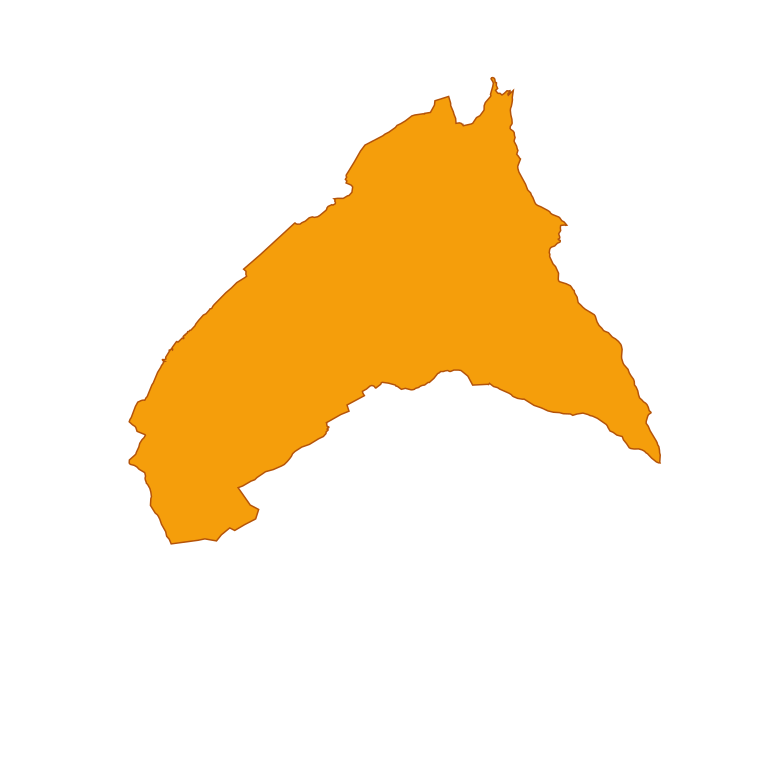 Gradistea, Vâlcea, Romania, rotated 148°
{"feature_id": "2599482B19326472109269", "entity_name": "Gradistea", "entity_type": "district", "adm_level": 2, "iso_a3": "ROU", "parent_name": "Romania", "parent_adm1": "Vâlcea", "projection": "equal_earth", "projection_center": [23.805, 44.907], "detail": "fine", "context": "isolated", "style": "filled", "palette": "amber", "viewbox_px": 768, "rotation_deg": 148, "n_neighbors": 0, "source": "geoboundaries", "source_scale": "gbopen_adm2", "svg_char_len": 6171}
<svg xmlns="http://www.w3.org/2000/svg" viewBox="0 0 768 768"><g transform="rotate(148 384 384)"><path d="M206.2,592.0L206.5,591.6L207.8,592.5L215.3,595.8L218.3,596.6L226.4,595.8L231.8,595.9L235.9,596.4L238.4,595.5L246.4,595.0L250.9,595.4L253.4,595.1L273.5,596.7L280.5,594.0L291.8,587.9L305.3,581.2L305.9,580.4L306.0,579.2L308.3,578.1L307.9,575.9L309.6,574.6L306.6,570.3L306.1,568.1L306.4,567.4L309.6,563.6L313.7,562.4L315.3,562.9L320.2,563.0L324.9,566.0L328.2,567.5L327.9,566.7L328.1,565.8L328.8,565.3L328.9,564.0L329.3,563.2L330.0,562.7L332.5,562.8L333.2,563.7L337.2,564.2L338.8,563.7L340.4,562.3L341.6,562.0L348.8,561.0L351.7,561.0L354.8,562.2L356.2,563.7L359.3,564.6L364.4,563.8L368.1,564.3L370.5,564.1L373.0,565.6L373.8,566.6L374.1,567.7L374.5,567.8L419.9,559.3L442.2,555.8L441.3,552.7L443.0,550.2L443.4,548.2L445.1,548.0L455.1,548.0L462.4,546.3L469.8,545.2L486.0,541.3L488.0,540.6L490.0,539.4L492.1,539.9L492.7,539.4L497.7,537.9L500.7,538.2L507.2,536.3L511.8,534.6L513.5,533.5L518.8,532.1L519.5,532.0L520.3,532.4L521.7,531.9L522.7,532.4L524.1,531.4L524.9,531.6L526.2,531.0L526.5,531.3L527.1,530.9L527.6,531.1L529.1,530.7L529.4,529.0L530.3,528.9L530.8,529.9L536.2,528.7L536.8,529.0L537.1,529.8L537.9,529.8L544.2,527.2L545.1,525.0L545.3,524.9L545.5,526.6L547.5,525.9L547.8,526.5L548.3,526.5L548.7,525.5L554.9,522.4L555.8,520.8L557.4,521.1L558.8,522.1L559.1,522.0L559.1,521.2L558.3,520.7L558.7,520.1L557.9,519.3L559.5,519.5L560.4,518.5L562.8,517.6L564.6,516.4L569.7,513.9L579.1,507.2L581.3,506.2L591.5,498.8L593.1,498.4L595.5,497.0L596.8,498.0L598.5,498.6L602.4,499.1L606.7,496.7L616.1,489.5L618.1,488.6L620.1,487.0L618.9,482.7L617.6,479.9L617.6,478.4L618.5,474.7L613.5,467.7L613.5,467.0L615.8,465.7L618.7,465.0L622.6,463.1L625.3,460.5L630.5,457.1L631.2,456.3L633.1,455.7L640.2,454.5L641.7,452.4L642.0,451.6L641.7,450.3L638.9,447.3L637.5,444.6L636.9,441.5L634.0,435.9L634.0,435.2L635.0,432.3L636.5,430.8L637.2,429.2L637.7,426.7L638.1,425.8L637.7,424.2L637.9,419.5L639.0,415.9L640.9,411.7L642.5,410.3L646.4,404.8L646.4,395.8L645.5,393.1L645.5,391.0L645.8,388.1L647.0,383.0L647.4,374.5L649.0,370.0L648.4,366.1L649.2,361.2L624.5,350.0L618.0,347.6L609.2,339.7L601.8,342.3L591.1,343.7L588.2,338.9L576.8,338.6L564.3,337.6L556.8,344.0L561.6,352.3L562.7,373.4L557.8,372.4L548.2,372.1L544.3,371.3L541.2,372.0L530.9,372.4L523.2,370.1L514.4,368.8L511.2,368.6L507.2,369.5L503.5,370.7L500.8,371.8L498.5,373.3L495.2,374.0L487.2,374.1L479.2,372.3L468.4,372.2L463.2,371.6L459.5,372.7L458.5,374.0L455.8,374.6L455.6,375.0L455.7,375.6L456.1,375.8L455.9,376.1L453.9,376.3L453.7,376.9L454.5,377.0L454.2,377.7L454.6,378.4L454.1,379.9L453.5,380.7L453.4,381.7L436.7,381.0L428.1,379.5L426.5,385.8L406.8,384.5L406.8,387.4L406.2,389.2L401.5,389.0L396.9,389.7L395.1,389.2L393.9,387.9L393.5,387.0L393.4,385.3L393.0,384.9L387.0,385.5L385.5,386.5L384.5,386.3L379.8,382.4L375.2,377.4L374.9,376.8L375.0,376.0L373.9,374.9L372.1,370.3L368.2,369.0L364.1,364.7L362.6,363.9L361.0,363.4L359.6,363.6L356.4,362.7L354.8,362.9L352.5,362.6L350.0,361.6L345.9,362.0L344.7,361.3L338.8,362.3L333.0,364.4L330.9,364.2L329.4,364.6L327.2,363.2L324.8,362.6L322.7,361.6L321.9,360.1L320.9,359.4L317.4,358.8L313.4,356.3L311.5,354.6L308.7,346.3L309.4,336.1L296.4,328.9L295.6,328.1L294.2,328.7L292.4,323.8L289.6,320.7L288.6,318.4L282.9,310.0L281.7,307.6L281.4,305.7L280.8,304.5L278.3,301.0L274.7,297.8L273.1,296.8L268.1,286.4L263.3,280.5L259.3,274.4L255.3,270.3L250.3,266.7L247.7,263.8L241.8,259.8L240.5,257.4L236.3,256.3L230.7,253.9L227.0,249.8L226.1,248.2L224.2,246.3L221.2,241.8L217.0,232.0L216.8,230.3L217.1,228.2L217.2,224.4L215.3,221.6L213.6,217.3L209.8,213.2L210.5,209.7L209.9,204.8L209.8,200.0L208.9,198.5L206.3,196.3L202.4,194.0L200.0,191.3L198.7,188.9L198.2,186.6L197.5,185.4L196.3,179.3L194.3,173.6L192.9,171.6L191.7,170.8L191.5,171.7L187.4,177.4L186.7,179.6L185.4,182.0L184.1,185.3L184.1,187.5L183.5,189.4L183.3,191.5L183.1,203.4L182.3,208.1L182.5,211.8L181.3,213.5L177.1,217.2L175.7,217.9L172.8,218.1L172.6,218.6L173.2,220.9L172.2,224.2L171.9,227.2L172.3,229.1L173.4,231.5L173.7,233.6L174.6,236.8L173.9,239.8L172.4,243.8L171.8,247.8L172.1,250.4L170.4,253.6L169.9,255.8L170.2,260.3L170.1,263.5L169.3,267.1L170.3,273.3L170.1,275.4L168.9,279.8L167.8,281.7L163.7,287.2L162.5,290.5L162.2,292.1L162.6,295.9L163.8,299.6L165.5,302.8L166.5,308.6L168.8,311.7L169.5,313.0L169.7,315.8L170.6,319.7L170.4,323.9L168.9,329.5L169.0,331.4L173.7,340.7L174.7,343.7L175.2,346.3L176.1,349.7L176.0,350.8L174.2,355.3L174.1,360.2L173.2,362.5L173.7,363.9L173.7,366.6L173.9,368.6L176.4,372.5L180.9,377.7L181.2,379.0L180.7,380.5L177.3,385.4L176.3,392.6L177.0,396.3L176.1,403.6L175.9,404.5L174.6,406.1L174.3,407.8L172.2,410.3L170.7,411.2L169.2,411.3L166.1,410.6L162.4,411.5L159.9,411.1L159.2,411.3L158.5,412.4L159.6,413.9L159.5,414.5L158.0,414.5L157.5,414.8L157.0,415.7L156.3,418.8L152.9,420.5L151.7,423.0L150.3,424.7L149.7,424.7L146.6,423.1L145.8,422.2L144.8,421.8L145.4,426.0L146.7,428.3L146.9,431.9L147.3,433.0L151.4,438.6L152.2,440.5L152.2,442.3L153.2,444.5L157.0,451.1L159.1,454.0L159.9,456.0L159.9,458.0L158.9,463.4L158.9,466.0L158.4,468.3L159.3,472.5L158.1,478.5L157.3,492.2L156.2,496.0L155.2,497.8L149.0,502.5L149.3,503.5L149.3,505.7L149.7,508.5L146.6,511.2L146.5,512.5L145.5,515.5L145.1,520.7L144.6,521.5L142.2,523.6L141.7,525.5L140.4,528.2L140.4,529.9L141.6,532.9L141.6,534.0L140.3,535.6L137.8,536.7L137.1,537.3L135.3,540.6L133.8,545.1L131.8,549.2L130.5,550.8L128.9,552.0L126.7,554.3L124.5,556.9L123.4,559.0L118.8,564.4L125.6,563.0L125.5,563.8L125.0,564.5L122.1,565.2L121.7,566.0L123.0,566.4L124.3,567.5L128.2,566.7L130.8,566.6L131.6,569.0L132.9,569.8L133.5,570.6L133.8,573.9L131.0,574.4L130.6,577.6L129.0,579.8L129.1,580.2L129.9,580.7L128.5,583.8L128.5,584.9L129.3,586.2L130.5,586.7L131.5,586.1L131.5,582.9L131.9,581.1L134.1,578.7L140.3,573.1L140.4,572.2L141.2,571.4L148.9,569.0L151.6,566.9L153.8,563.5L154.6,563.0L160.4,560.7L164.4,560.9L170.6,558.1L172.3,558.3L179.9,561.0L180.0,561.5L179.5,562.4L180.2,563.1L180.4,564.1L181.7,565.5L184.8,566.9L182.5,571.3L181.7,575.8L181.0,578.0L179.9,584.8L178.7,586.8L176.8,593.6L190.7,597.2L193.4,593.8L200.7,589.7L206.2,592.0Z" fill="#f59e0b" stroke="#b45309" stroke-width="1.5"/></g></svg>